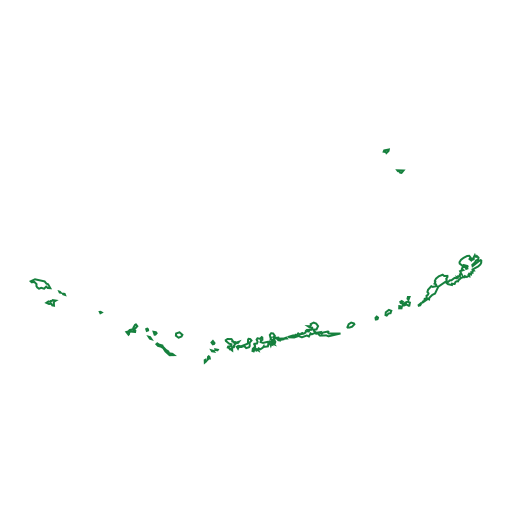 Aleutians West, Alaska, United States of America (orthographic projection)
{"feature_id": "52423323B14067598441828", "entity_name": "Aleutians West", "entity_type": "district", "adm_level": 2, "iso_a3": "USA", "parent_name": "United States of America", "parent_adm1": "Alaska", "projection": "orthographic", "projection_center": [-175.064, 54.225], "detail": "fine", "context": "isolated", "style": "outline", "palette": "green", "viewbox_px": 512, "rotation_deg": 0, "n_neighbors": 0, "source": "geoboundaries", "source_scale": "gbopen_adm2", "svg_char_len": 6121}
<svg xmlns="http://www.w3.org/2000/svg" viewBox="0 0 512 512"><path d="M446.8,283.2L448.0,284.2L451.9,285.0L452.0,283.7L454.6,284.0L455.4,282.1L456.5,281.3L458.1,281.3L458.4,280.3L461.4,277.7L463.2,277.3L463.1,276.7L464.3,277.3L464.9,277.1L465.0,276.2L466.8,277.0L468.5,275.9L469.4,276.3L469.3,274.7L468.7,274.4L469.2,273.6L471.1,274.4L471.3,272.3L472.5,272.7L472.6,270.8L473.8,270.6L472.7,269.4L478.1,266.5L480.3,264.5L481.2,262.8L481.3,260.6L480.7,260.1L479.1,261.0L472.6,266.1L472.3,264.9L475.0,262.4L475.9,260.6L478.2,259.5L478.5,257.6L476.8,256.0L476.1,256.9L475.2,256.4L474.8,255.3L473.7,257.4L473.8,259.0L472.9,259.6L472.4,258.7L471.8,259.0L471.2,260.4L469.5,259.0L470.6,257.6L469.2,255.8L467.1,256.0L463.5,257.9L461.0,259.8L459.5,262.2L459.7,263.6L462.6,265.9L463.6,265.0L467.4,266.0L467.6,266.6L466.6,267.1L467.3,268.5L466.2,268.9L465.2,266.9L462.6,267.3L461.8,269.1L463.2,270.1L460.1,271.2L461.7,274.5L459.9,274.4L459.9,276.6L458.2,276.2L457.8,277.6L456.9,277.2L457.2,277.9L456.8,278.3L454.6,277.9L451.4,280.3L449.9,280.3L446.8,283.2ZM422.9,301.5L422.0,303.0L427.9,298.9L429.1,299.4L429.3,297.8L432.3,294.9L435.0,293.6L438.3,286.7L446.6,281.0L446.7,279.9L446.2,278.9L447.5,276.9L447.4,275.9L444.2,276.0L442.7,274.7L438.8,276.3L436.0,278.6L434.8,281.0L435.4,281.8L434.5,283.7L435.9,284.3L436.7,286.1L432.6,286.9L431.3,286.2L428.1,289.7L427.4,292.0L428.5,293.3L428.1,294.6L426.5,295.8L426.7,297.5L426.0,298.6L424.7,298.8L424.5,299.5L424.9,300.6L422.9,301.5ZM293.2,335.4L288.7,336.8L289.1,337.3L294.1,337.5L298.6,336.0L301.9,337.3L306.8,335.5L308.9,336.5L310.6,333.4L311.8,334.3L314.8,333.0L315.9,333.6L316.1,332.7L313.7,330.7L313.5,329.7L316.5,329.4L318.1,326.1L316.2,323.6L313.7,322.6L310.7,324.1L310.9,325.2L310.0,326.3L307.9,326.2L309.8,327.5L312.2,327.7L312.4,328.8L311.3,329.8L307.8,329.9L309.0,331.0L308.8,331.5L305.8,331.1L305.5,332.6L303.6,333.7L302.3,333.0L301.5,333.4L301.7,334.0L299.6,334.3L298.2,333.4L296.6,335.4L295.4,334.8L294.1,336.3L293.2,335.4ZM30.7,281.3L31.7,282.3L34.4,282.0L36.5,284.1L36.4,286.0L37.2,287.4L39.0,288.7L41.2,287.8L44.1,288.7L46.2,286.6L47.7,288.0L50.3,288.2L48.1,284.3L46.4,283.6L44.6,281.4L35.0,279.3L30.7,281.3ZM252.8,348.8L252.5,351.0L253.7,351.4L255.3,348.2L256.3,349.1L256.0,349.7L256.4,350.6L257.7,350.0L258.5,350.5L258.0,349.0L258.6,348.3L260.3,349.3L262.8,347.7L263.8,346.2L264.0,346.9L267.9,346.4L268.4,343.7L267.9,341.8L263.0,342.9L260.6,342.1L260.9,340.6L262.4,339.8L262.3,337.5L261.7,337.1L260.0,338.8L257.5,338.3L256.6,339.6L257.6,341.8L257.0,343.5L254.3,343.8L254.2,344.5L254.9,345.3L255.1,346.6L252.8,348.8ZM225.7,340.2L225.9,341.0L229.2,343.7L231.4,344.3L231.4,346.0L228.1,346.6L227.8,347.5L228.8,347.8L230.0,349.3L231.1,348.6L231.5,350.0L232.2,350.5L232.1,347.8L232.6,347.2L233.8,347.3L234.2,346.7L233.9,345.8L234.9,344.5L234.9,343.7L238.2,342.8L239.0,341.7L236.3,342.6L235.0,342.0L233.6,342.4L233.3,341.6L232.3,341.4L232.5,340.5L231.5,339.1L227.5,339.0L225.7,340.2ZM316.8,332.7L320.0,335.6L326.3,335.4L328.5,336.3L340.5,333.5L328.8,333.5L328.0,332.6L328.4,331.8L328.0,331.5L322.8,332.6L321.8,333.6L320.2,332.9L320.6,332.1L316.8,332.7ZM236.8,346.8L238.0,348.7L238.8,347.0L241.6,347.0L243.2,346.2L244.8,346.6L246.2,348.1L249.1,347.2L249.7,346.1L249.6,342.7L251.5,340.5L250.3,339.1L248.6,338.8L248.1,339.5L247.9,343.2L247.2,343.9L241.0,346.3L238.3,345.8L236.8,346.8ZM156.4,344.2L158.0,345.9L161.0,346.7L163.3,348.1L165.4,351.4L169.6,355.2L174.1,355.1L172.4,353.8L169.1,353.3L168.3,351.4L165.9,349.9L162.7,346.5L162.4,345.5L158.9,344.5L157.3,343.4L156.4,344.2ZM126.4,332.0L128.5,334.7L129.0,334.1L129.0,333.1L130.2,331.5L135.1,332.0L135.3,330.8L133.8,330.1L137.3,326.2L135.9,324.4L135.0,324.9L133.4,327.7L133.1,329.2L129.7,330.0L128.4,331.4L126.4,332.0ZM176.1,333.5L175.9,335.7L178.6,337.7L181.5,336.5L182.4,334.8L179.5,332.3L176.1,333.5ZM46.4,302.8L49.0,304.0L51.3,303.7L52.3,305.4L54.0,305.7L53.8,302.5L54.3,301.5L55.8,300.6L52.7,300.1L51.7,301.1L50.8,301.0L50.4,301.8L48.5,301.4L46.4,302.8ZM271.2,333.2L269.8,335.0L270.4,337.4L270.9,337.5L270.6,339.2L272.1,339.9L274.3,339.3L274.5,338.8L273.4,337.1L274.9,336.0L273.2,333.5L271.2,333.2ZM348.7,324.2L347.4,327.2L347.7,327.6L349.7,327.5L352.1,326.7L354.4,324.3L353.9,323.4L351.2,322.6L348.7,324.2ZM385.8,312.3L385.5,315.1L386.7,315.6L388.5,313.5L390.5,313.2L391.3,310.8L388.9,309.9L385.8,312.3ZM402.7,303.7L403.0,305.2L403.8,305.6L406.4,304.5L408.8,305.8L409.3,305.7L409.9,302.6L407.5,301.7L405.5,302.5L405.8,303.1L402.7,303.7ZM269.1,343.5L270.3,344.2L270.8,345.5L271.2,344.3L272.2,344.7L272.0,343.5L274.3,344.4L273.2,342.8L275.1,342.8L275.3,341.6L274.5,340.5L271.9,341.3L272.7,342.0L272.1,342.5L269.8,341.5L269.1,343.5ZM383.7,151.7L386.0,152.1L386.4,153.0L388.5,151.0L388.8,149.5L384.2,150.4L383.7,151.7ZM397.3,170.3L398.0,171.2L399.4,171.4L400.2,172.7L401.5,172.9L403.5,170.5L397.3,170.3ZM211.5,342.5L212.8,344.3L214.0,344.0L214.5,343.1L212.9,341.0L211.5,342.5ZM153.6,331.8L154.6,334.7L155.4,334.6L156.6,333.2L155.9,332.2L153.6,331.8ZM399.2,308.3L401.5,308.3L401.9,306.5L399.3,306.1L399.2,308.3ZM275.3,338.0L277.0,338.7L278.3,340.2L279.5,340.4L278.4,337.6L275.3,338.0ZM375.5,317.9L375.8,319.5L376.9,319.4L377.7,318.9L378.0,317.6L376.7,316.6L375.5,317.9ZM407.5,298.7L408.5,299.7L409.5,297.0L407.9,297.0L407.5,298.7ZM400.3,301.9L400.7,303.0L401.7,303.4L402.8,301.7L401.7,301.0L400.3,301.9ZM208.0,357.0L207.9,359.4L208.8,358.5L209.8,358.5L209.5,357.0L208.7,356.3L208.0,357.0ZM146.2,329.1L146.8,330.9L148.1,330.4L148.0,329.3L147.2,328.6L146.2,329.1ZM204.7,360.2L204.8,362.5L206.0,361.5L205.6,359.7L204.7,360.2ZM280.0,338.6L280.4,339.9L283.5,339.3L283.5,338.5L280.0,338.6ZM148.6,336.7L149.9,338.7L151.5,339.2L150.1,337.1L148.6,336.7ZM418.6,305.1L418.8,305.7L420.2,305.3L421.0,303.9L420.7,303.4L418.6,305.1ZM99.8,311.9L100.4,313.2L101.7,312.5L100.5,311.8L99.8,311.9ZM211.4,350.3L212.0,351.3L214.0,351.6L213.5,350.9L211.4,350.3ZM215.3,349.3L215.4,350.0L217.5,350.3L217.8,349.8L215.3,349.3ZM63.3,293.7L63.2,294.3L65.0,294.9L64.6,293.9L63.3,293.7ZM285.0,338.1L285.1,338.6L286.9,338.5L286.3,337.6L285.0,338.1ZM59.3,291.6L59.7,292.5L60.7,292.7L59.9,291.8L59.3,291.6Z" fill="none" stroke="#15803d" stroke-width="2"/></svg>